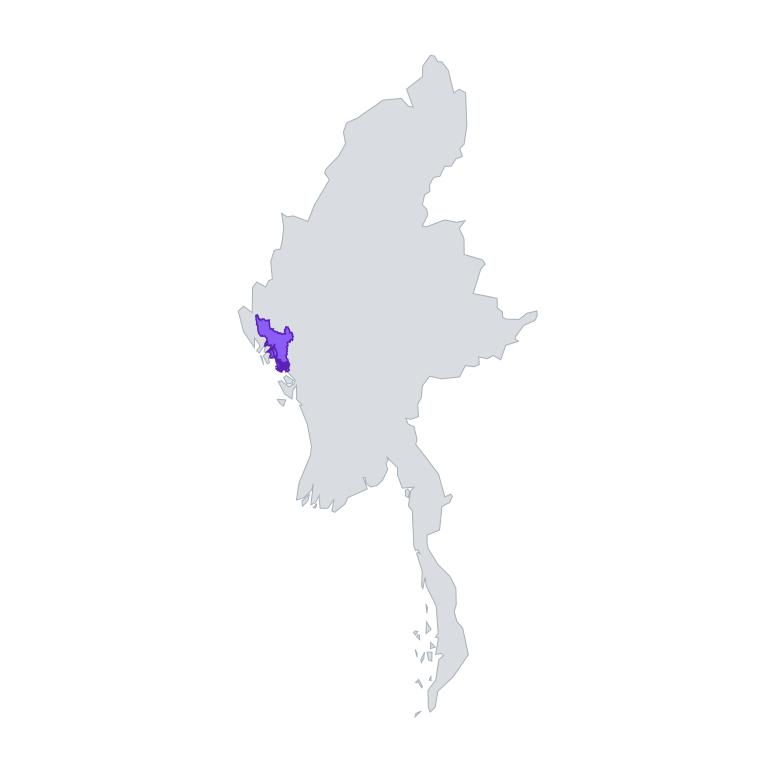 Mrauk-U, Rakhine, Myanmar (highlighted), rotated 3°
{"feature_id": "60261553B1263911264167", "entity_name": "Mrauk-U", "entity_type": "district", "adm_level": 2, "iso_a3": "MMR", "parent_name": "Myanmar", "parent_adm1": "Rakhine", "projection": "mercator", "projection_center": [93.425, 20.429], "detail": "fine", "context": "in_parent", "style": "filled", "palette": "violet", "viewbox_px": 768, "rotation_deg": 3, "n_neighbors": 0, "source": "geoboundaries", "source_scale": "gbopen_adm2", "svg_char_len": 9795}
<svg xmlns="http://www.w3.org/2000/svg" viewBox="0 0 768 768"><g transform="rotate(3 384 384)"><path d="M499.3,353.7L491.5,349.8L485.9,353.4L477.2,352.0L478.1,359.6L473.1,362.1L464.3,361.4L459.1,373.0L440.9,375.9L429.0,373.8L422.4,384.0L422.0,395.7L418.7,402.7L420.1,414.8L412.4,417.9L407.7,417.2L410.2,422.8L416.3,425.2L419.9,437.7L418.8,442.5L443.2,471.2L450.6,493.6L456.4,490.6L458.1,492.9L455.8,498.8L448.3,503.3L447.1,527.0L434.9,532.6L435.3,540.5L436.7,546.1L447.5,561.7L459.7,572.4L466.4,583.8L467.7,600.4L466.0,607.3L469.2,617.3L475.4,623.8L482.4,650.0L468.2,673.0L453.8,688.0L452.0,704.0L447.3,709.2L445.1,704.2L444.0,687.5L451.1,677.0L453.2,656.4L457.7,652.1L455.4,650.0L449.7,651.4L451.7,634.8L448.5,634.2L451.2,630.6L447.7,602.8L436.7,583.3L435.2,574.8L433.5,586.2L432.2,584.0L431.9,568.6L425.5,551.7L426.2,550.2L429.2,551.7L426.4,547.8L424.2,548.7L422.3,544.6L418.9,509.4L414.7,504.4L416.3,489.2L419.4,485.4L407.7,487.0L402.3,474.1L401.9,467.0L390.3,456.4L392.2,459.7L390.2,463.3L392.2,469.3L387.4,480.4L382.6,485.5L376.3,487.6L371.3,484.4L370.2,478.5L368.2,478.4L372.7,489.7L354.0,499.2L351.2,505.9L341.5,514.7L338.6,513.6L340.1,501.7L334.5,511.1L326.7,511.4L325.0,498.8L321.8,506.1L317.3,508.4L318.7,487.3L317.4,493.4L310.0,501.8L302.7,504.5L304.3,487.2L314.1,459.6L314.9,450.5L309.6,428.3L300.9,409.7L303.4,409.4L297.6,404.0L296.7,390.1L293.3,395.1L292.9,403.8L285.4,399.3L278.3,387.2L281.2,386.1L289.4,391.9L294.0,388.6L295.2,384.7L282.3,372.8L285.5,368.0L281.3,368.1L270.2,362.4L267.1,363.5L268.5,368.5L266.2,369.9L262.0,362.3L265.1,358.5L262.4,358.3L264.1,351.5L263.1,350.5L258.0,359.5L255.0,357.4L258.3,352.8L256.9,350.2L252.2,344.9L252.7,354.4L241.2,339.4L234.6,318.9L239.6,313.6L248.6,319.7L247.7,294.3L251.6,288.8L260.7,293.4L263.3,286.9L267.0,285.2L264.5,267.6L267.4,256.3L273.6,254.4L275.0,245.2L275.7,232.7L272.8,218.8L278.4,222.1L284.7,220.9L299.5,225.6L305.0,209.3L318.8,182.7L313.7,176.5L314.6,172.7L326.8,158.7L333.0,146.0L330.3,134.7L332.9,125.4L344.0,119.4L368.3,100.5L386.3,97.9L393.7,105.3L398.6,106.0L391.1,88.3L406.4,75.1L406.0,64.5L413.1,53.4L417.2,53.8L420.8,59.3L424.8,59.3L431.8,67.4L438.5,89.7L443.6,85.7L450.2,88.9L453.2,121.6L451.4,140.5L447.3,144.9L450.4,152.6L444.1,155.4L439.7,162.9L433.3,163.4L428.9,173.7L422.5,175.2L419.0,183.2L419.8,189.3L414.7,192.8L412.9,203.1L417.4,207.2L418.8,212.8L414.0,224.3L418.1,224.8L435.6,217.1L448.0,218.6L456.4,216.7L451.1,224.6L456.3,234.8L457.3,250.5L475.8,254.9L478.8,258.9L474.7,263.8L468.3,289.0L492.4,292.5L493.2,302.2L498.4,305.7L499.1,311.1L502.3,312.8L515.3,312.5L523.0,305.9L532.9,303.0L533.4,308.5L531.2,312.6L520.4,318.2L513.1,329.6L512.6,332.1L516.0,334.3L503.5,339.0L499.3,353.7ZM285.7,380.6L293.4,385.1L292.0,388.6L287.1,388.8L283.4,382.8L285.7,380.6ZM438.9,619.4L443.9,626.4L439.0,631.1L438.9,619.4ZM284.9,411.4L280.9,408.7L278.2,404.9L286.7,405.0L284.9,411.4ZM446.0,649.2L446.2,658.2L443.0,657.3L441.1,649.6L446.0,649.2ZM314.1,504.4L309.0,510.4L308.2,505.3L315.3,498.0L314.1,504.4ZM414.4,496.3L411.2,494.5L410.9,489.1L413.3,487.6L415.2,490.2L414.4,496.3ZM435.9,660.3L435.2,657.3L438.5,649.9L438.0,656.3L435.9,660.3ZM434.1,677.2L438.3,684.0L437.6,685.4L433.7,680.0L431.2,680.4L434.1,677.2ZM448.9,644.0L444.3,645.9L444.1,639.6L448.9,644.0ZM438.3,708.7L432.5,714.6L433.2,711.3L438.3,708.7ZM260.6,363.3L262.7,371.0L259.1,361.8L260.6,363.3ZM439.1,605.0L438.8,610.6L437.4,601.5L439.1,605.0ZM278.3,368.7L279.0,373.6L275.7,366.7L278.3,368.7ZM433.1,637.4L429.8,634.6L430.9,632.6L432.6,633.0L433.1,637.4ZM430.7,629.2L428.6,633.0L426.5,630.7L428.2,629.1L430.7,629.2ZM431.2,651.6L431.3,654.9L428.9,647.3L431.2,651.6ZM322.1,511.4L319.7,511.2L322.8,507.4L323.2,508.8L322.1,511.4ZM446.6,677.8L444.5,677.2L446.1,673.6L446.6,677.8Z" fill="#d9dde1" stroke="#a8b0b8" stroke-width="1"/><path d="M253.0,321.8L252.7,321.9L252.4,323.3L252.8,323.8L252.9,326.3L253.6,328.4L253.9,330.5L253.6,331.0L255.1,333.1L255.0,334.5L255.6,338.0L256.5,340.2L258.5,342.6L259.0,342.7L259.9,341.9L260.5,342.7L262.3,342.1L263.3,343.5L264.6,344.0L264.7,346.6L265.0,346.7L265.2,346.8L265.0,347.3L265.3,347.5L265.8,349.7L265.7,350.1L264.5,350.4L265.0,351.3L266.0,351.3L267.1,351.9L267.7,351.3L268.4,351.4L268.4,351.0L269.3,351.0L268.8,353.2L269.2,353.9L269.0,354.5L268.3,354.7L268.3,355.4L267.5,355.8L266.7,357.2L266.2,357.1L265.3,358.1L267.6,357.9L268.6,357.2L269.0,356.2L270.3,356.0L269.5,355.1L270.0,353.7L271.4,353.2L271.1,352.2L272.6,351.0L272.5,350.3L272.8,350.4L273.0,349.9L272.8,351.0L271.6,352.7L271.7,353.1L272.8,353.1L272.8,353.9L273.3,354.0L273.2,354.8L273.9,354.9L275.6,358.7L275.9,360.8L275.6,360.8L275.5,362.1L274.6,361.9L274.5,362.4L275.9,366.0L277.0,366.8L277.3,366.4L276.8,365.9L276.6,365.4L276.6,365.1L276.7,364.9L277.8,364.9L278.5,365.5L279.0,365.0L280.1,365.3L279.3,365.2L278.7,365.8L279.0,366.3L279.7,366.4L278.9,366.7L279.2,367.6L280.1,367.1L279.9,367.7L281.2,367.7L279.9,368.2L280.5,369.0L281.6,368.1L283.0,367.8L285.4,368.0L285.5,366.1L285.7,367.3L286.7,367.8L285.6,368.0L285.8,368.6L287.6,369.5L288.4,369.5L288.0,368.1L287.0,366.3L286.6,364.5L285.1,363.3L285.0,361.7L284.4,360.7L285.0,360.5L285.1,359.9L285.7,359.5L285.1,357.5L285.7,356.7L285.1,356.0L285.7,354.6L285.4,354.0L285.6,353.5L284.7,352.7L285.0,351.4L285.9,351.2L285.9,348.9L285.1,347.7L286.7,346.8L287.8,347.2L288.2,346.5L287.9,345.9L288.3,345.3L288.1,344.9L289.6,344.7L290.2,345.2L290.6,344.3L290.1,343.0L290.8,341.3L289.9,340.5L290.3,339.6L290.0,339.0L289.5,338.8L289.3,337.4L288.8,337.2L287.3,337.7L287.5,337.2L286.8,336.1L286.7,334.8L285.1,332.7L285.1,332.2L283.4,332.0L282.9,332.4L282.8,334.2L281.9,334.8L282.2,335.8L281.9,336.8L282.9,338.2L282.9,339.2L280.7,338.8L280.3,339.6L279.2,339.7L278.1,338.5L277.2,339.1L276.9,338.6L276.4,338.8L276.0,338.5L275.2,338.8L274.9,337.5L272.6,337.8L272.3,336.8L271.2,336.8L270.0,336.1L270.4,334.9L269.8,335.2L268.9,334.6L267.9,335.3L267.2,334.9L267.2,333.6L266.3,331.1L266.6,330.4L266.0,327.3L266.2,326.2L264.6,326.3L264.5,326.8L263.5,327.1L263.1,326.6L262.1,326.8L261.6,326.5L260.7,325.3L259.9,325.6L259.2,325.3L257.7,326.5L257.6,327.0L257.1,326.7L257.0,325.9L256.7,325.6L256.5,326.0L255.5,325.7L255.1,324.9L255.3,324.3L254.7,323.7L254.7,322.6L254.2,322.4L254.0,321.9L253.4,322.4L253.0,321.8ZM271.5,357.6L271.3,356.0L270.7,355.8L270.7,355.4L270.1,355.2L270.3,356.0L269.0,356.3L268.8,357.1L267.8,358.0L268.5,358.9L269.3,359.0L269.3,359.8L269.9,360.8L268.5,361.8L268.9,363.9L270.8,363.8L271.5,363.1L271.7,362.3L271.5,363.6L273.6,362.6L272.3,360.8L272.0,357.7L271.5,357.6ZM272.7,353.2L271.4,353.2L270.8,353.9L270.7,354.2L271.0,354.3L271.1,354.9L270.8,355.7L271.3,355.9L272.1,357.6L272.4,360.8L273.7,362.5L274.4,364.7L274.7,363.9L274.4,361.9L275.7,360.4L275.3,358.1L273.9,355.1L273.2,355.0L272.9,354.4L273.2,354.0L272.7,353.9L272.7,353.2ZM277.7,368.3L276.3,366.4L275.2,366.1L275.0,366.5L275.4,367.3L275.1,367.5L276.2,369.6L276.6,372.3L277.4,373.1L278.4,373.3L279.0,374.4L279.3,373.5L278.9,373.2L278.5,371.2L278.1,370.8L277.8,371.0L278.0,370.7L278.8,371.0L279.0,369.9L278.7,369.2L279.5,369.6L279.8,369.0L279.7,367.9L277.7,368.3ZM285.6,369.6L284.8,369.4L284.7,369.8L284.2,370.1L283.2,369.8L282.9,371.3L281.5,372.8L281.8,373.5L281.8,375.2L281.5,375.7L282.4,375.3L283.3,372.9L284.7,371.9L284.2,371.4L284.3,371.0L285.6,370.0L286.5,370.1L287.4,369.6L285.6,369.6ZM265.6,349.9L265.0,347.3L265.1,346.8L264.8,346.7L263.1,350.0L263.1,352.5L264.6,351.7L264.4,350.5L264.6,350.1L265.6,349.9ZM287.4,373.5L285.7,374.2L285.5,375.7L286.2,376.5L287.3,376.4L288.6,375.3L288.1,374.0L287.4,373.5ZM288.1,369.9L287.5,369.7L286.6,370.3L286.5,370.7L287.0,371.0L286.9,371.2L286.6,371.4L286.8,371.4L286.9,371.5L286.8,372.3L286.5,372.6L285.7,372.8L285.3,372.6L285.8,373.6L287.8,373.3L288.0,371.5L288.4,371.0L288.1,369.9ZM281.8,370.8L283.6,369.0L284.0,368.3L282.4,368.4L281.6,369.4L280.3,369.6L279.9,370.9L280.5,371.1L280.6,370.6L281.5,370.6L281.8,370.8ZM285.5,373.7L285.1,372.3L284.7,372.3L284.7,372.7L284.5,373.2L284.1,374.0L283.0,374.3L283.0,374.8L285.0,375.4L285.5,373.7ZM280.9,375.3L281.5,374.0L281.2,373.1L280.1,373.7L279.5,374.9L279.6,375.2L279.0,374.9L279.2,376.2L280.3,376.2L280.0,375.6L280.7,375.0L280.9,375.3ZM286.3,371.1L286.3,370.6L286.5,370.3L285.7,370.1L284.4,371.2L284.9,371.9L283.3,373.3L283.0,374.2L284.0,374.1L284.6,372.3L284.9,372.2L285.1,372.3L285.1,371.8L286.0,371.2L286.3,371.3L286.0,370.9L286.3,371.1ZM276.8,373.9L275.5,374.1L275.8,374.7L276.8,375.1L277.1,376.0L277.8,375.9L278.6,376.4L278.4,375.1L276.8,373.9ZM285.6,369.0L285.2,368.6L284.4,368.7L283.6,369.4L284.4,369.9L284.9,369.3L286.1,369.6L286.6,369.3L285.6,369.0ZM270.8,354.4L270.5,354.1L270.8,353.4L270.0,353.7L269.5,355.1L269.9,355.3L270.0,355.2L270.3,355.2L270.8,355.4L271.0,354.3L270.8,354.4ZM286.9,371.1L286.4,370.7L286.5,371.0L286.3,371.4L286.0,371.3L286.0,371.6L285.2,371.7L285.2,372.4L286.4,372.6L286.8,372.1L286.5,371.3L286.9,371.1ZM280.7,370.6L280.6,371.0L280.1,371.3L280.2,372.0L280.6,371.7L281.1,371.9L281.7,371.3L281.7,370.8L280.7,370.6ZM281.1,372.8L281.2,372.1L280.5,371.8L279.9,372.8L280.4,373.4L281.1,372.8ZM278.2,367.4L278.7,366.9L278.5,366.0L278.1,366.7L277.3,367.2L278.2,367.4ZM278.4,365.6L277.1,365.0L277.5,365.6L277.6,366.0L278.0,366.2L278.2,366.4L278.4,365.6ZM280.7,369.1L281.7,369.0L282.1,368.3L281.7,368.2L280.7,369.1ZM277.3,366.3L277.3,365.4L276.7,365.0L276.8,365.8L277.3,366.3ZM281.1,377.4L281.5,376.9L281.4,376.6L280.6,376.9L280.7,377.3L281.1,377.4ZM277.3,367.1L277.7,366.9L278.2,366.5L277.5,366.1L277.3,367.1ZM278.7,374.9L278.0,374.2L277.2,373.9L278.2,374.8L278.7,374.9ZM278.7,367.8L278.9,367.5L278.7,367.2L278.2,367.7L278.7,367.8ZM285.7,367.8L286.2,367.7L285.7,367.5L285.7,367.8ZM286.2,368.9L285.5,368.6L285.6,368.9L286.2,368.9ZM275.2,372.1L275.4,372.1L275.4,371.7L275.2,372.1ZM280.1,377.4L279.8,377.1L279.7,377.1L280.1,377.4ZM284.8,377.0L285.1,377.0L285.1,376.9L284.8,377.0Z" fill="#8b5cf6" stroke="#5b21b6" stroke-width="1.5"/></g></svg>